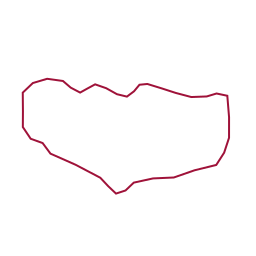 map outline of Ucar (Mercator projection), rotated 350°
{"feature_id": "AZE-1718", "entity_name": "Ucar", "entity_type": "District", "adm_level": 1, "iso_a3": "AZE", "parent_name": "Azerbaijan", "parent_adm1": "", "projection": "mercator", "projection_center": [47.727, 40.414], "detail": "fine", "context": "isolated", "style": "outline", "palette": "rose", "viewbox_px": 256, "rotation_deg": 350, "n_neighbors": 0, "source": "natural_earth", "source_scale": "10m", "svg_char_len": 603}
<svg xmlns="http://www.w3.org/2000/svg" viewBox="0 0 256 256"><g transform="rotate(350 128 128)"><path d="M231.4,113.5L229.4,134.9L225.8,155.2L218.4,169.0L208.5,179.7L186.2,181.2L164.5,184.7L143.9,182.0L124.2,182.8L114.7,189.1L104.8,190.5L98.5,182.0L92.1,172.2L70.0,155.1L47.2,139.8L41.3,128.0L30.3,121.7L24.6,108.8L27.4,93.5L30.5,74.9L42.1,67.2L56.9,65.5L72.1,70.4L78.6,78.3L87.0,84.8L94.8,82.1L103.2,79.3L113.4,85.0L123.0,92.8L132.4,96.9L140.3,92.9L146.8,87.4L154.7,88.0L168.0,94.8L181.2,101.8L195.7,108.5L211.0,110.6L221.2,109.4L231.4,113.5Z" fill="none" stroke="#9f1239" stroke-width="2"/></g></svg>